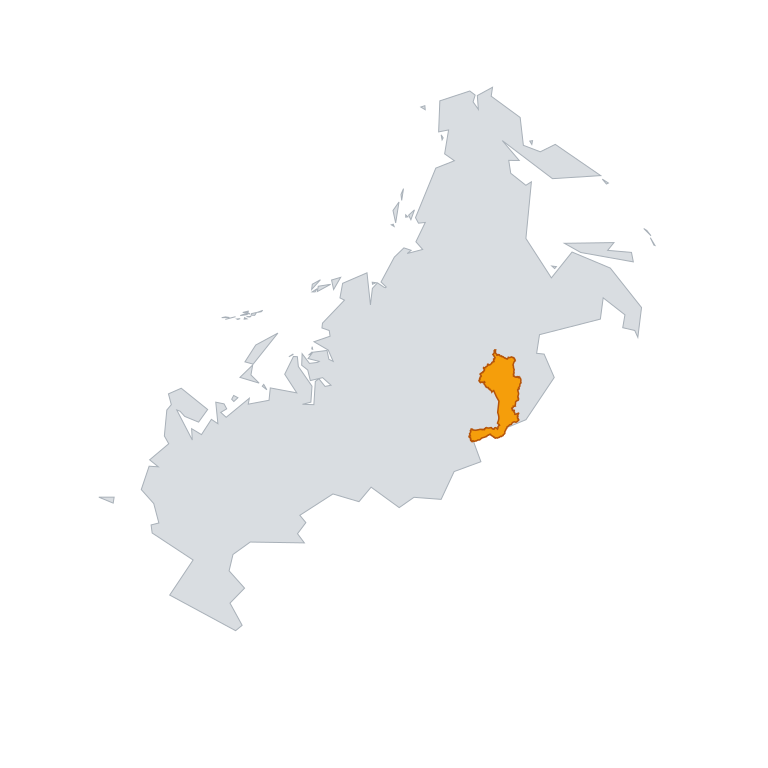 Buryat on a map of Russia (Albers equal-area conic projection), rotated 309°
{"feature_id": "RUS-2606", "entity_name": "Buryat", "entity_type": "Republic", "adm_level": 1, "iso_a3": "RUS", "parent_name": "Russia", "parent_adm1": "", "projection": "albers", "projection_center": [108.984, 53.605], "detail": "fine", "context": "in_parent", "style": "filled", "palette": "amber", "viewbox_px": 768, "rotation_deg": 309, "n_neighbors": 0, "source": "natural_earth", "source_scale": "10m", "svg_char_len": 9759}
<svg xmlns="http://www.w3.org/2000/svg" viewBox="0 0 768 768"><g transform="rotate(309 384 384)"><path d="M605.5,536.0L580.0,551.9L583.4,545.2L578.0,534.1L589.4,527.7L588.9,500.1L570.6,511.3L520.2,473.8L503.9,483.3L508.0,489.6L496.2,512.2L445.6,516.8L395.7,489.6L384.6,508.2L360.1,493.6L330.3,501.0L314.8,478.6L297.5,473.6L295.7,438.9L276.8,438.6L266.4,413.5L229.0,401.2L227.1,410.5L213.2,411.0L210.4,422.1L177.0,379.5L156.5,373.9L141.3,381.2L137.6,404.1L116.8,402.2L107.2,425.6L98.9,423.9L85.1,350.3L127.1,346.4L122.3,297.6L127.9,291.7L134.3,296.5L146.2,280.3L149.2,261.8L172.3,253.2L177.6,260.7L177.6,249.6L202.1,254.3L205.4,246.0L227.1,231.6L234.1,231.7L240.7,222.7L253.1,229.1L253.2,263.0L237.7,263.9L233.4,249.5L234.5,242.7L233.4,239.3L219.8,270.3L228.2,262.6L229.8,274.0L247.9,272.1L248.6,279.9L264.0,264.7L267.9,272.2L265.7,277.4L259.2,275.0L258.8,282.3L288.2,288.3L282.9,291.2L299.0,304.9L309.4,298.1L322.2,321.8L329.1,300.7L348.4,296.3L350.7,299.5L343.7,306.4L337.0,329.4L323.9,338.6L316.9,333.4L323.8,342.5L342.8,329.0L347.1,330.1L345.0,339.7L349.7,343.6L350.3,332.3L340.3,324.6L346.9,315.9L346.8,308.2L356.0,301.3L353.1,313.1L358.9,318.7L360.8,319.4L356.0,309.0L363.9,308.7L374.2,318.6L368.5,325.6L369.6,330.3L375.3,319.3L372.8,303.0L387.2,312.0L391.1,307.8L388.5,300.5L392.6,297.9L424.3,300.5L423.2,295.6L436.2,288.5L459.7,300.8L436.9,323.7L451.0,314.8L458.5,315.3L459.2,323.3L459.8,324.6L460.8,324.7L461.4,317.5L489.1,312.2L502.3,313.8L505.0,321.0L500.0,319.9L512.9,329.4L514.6,319.3L535.5,314.4L530.7,309.6L533.1,303.8L584.4,288.4L601.8,298.2L601.0,286.3L622.1,274.3L614.3,267.8L639.2,249.2L665.7,266.3L665.9,273.0L659.3,275.7L656.8,284.5L666.9,275.0L682.9,281.6L675.1,286.2L676.8,322.1L657.2,342.1L662.8,359.3L678.0,366.3L682.3,421.2L649.6,385.7L647.6,322.7L642.8,348.4L636.3,340.2L627.5,349.9L627.7,369.2L633.9,371.3L586.4,402.7L571.8,447.3L604.9,447.1L616.5,486.9L605.5,536.0ZM356.8,269.5L317.1,269.8L313.7,262.0L333.6,259.8L356.8,269.5ZM606.9,435.7L638.6,473.7L628.6,473.7L642.0,493.5L635.8,500.9L610.0,454.1L606.9,435.7ZM298.5,267.9L316.1,270.0L307.3,274.9L306.1,286.4L298.5,267.9ZM516.5,291.7L524.5,281.8L534.9,281.1L516.5,291.7ZM418.6,271.4L427.9,279.8L413.9,274.0L418.6,271.4ZM416.4,265.5L425.0,269.0L411.9,268.3L416.4,265.5ZM431.8,277.8L439.6,283.2L425.7,285.4L431.8,277.8ZM537.8,282.2L542.0,277.9L548.1,276.2L537.8,282.2ZM116.6,233.6L126.2,245.5L121.0,248.5L116.6,233.6ZM338.5,223.0L342.9,226.3L334.3,220.0L338.5,223.0ZM530.7,296.9L538.5,298.1L528.6,301.5L530.7,296.9ZM281.4,279.1L275.9,278.3L276.3,275.2L280.5,274.4L281.4,279.1ZM346.7,229.2L351.0,231.8L352.1,234.3L346.7,229.2ZM359.3,239.9L356.0,240.3L353.8,237.3L355.4,236.8L359.3,239.9ZM362.9,243.1L359.8,240.4L364.9,243.4L362.9,243.1ZM308.0,290.8L305.8,296.6L305.7,290.8L308.0,290.8ZM415.9,272.0L412.2,272.5L410.4,270.2L415.9,272.0ZM350.7,229.2L355.6,232.9L353.0,232.5L350.7,229.2ZM626.0,240.6L623.1,243.4L622.4,238.3L626.0,240.6ZM336.4,218.6L338.4,222.0L333.4,216.1L336.4,218.6ZM349.6,294.8L345.3,292.9L349.8,294.4L349.6,294.8ZM455.7,310.8L457.7,314.0L454.3,312.3L455.7,310.8ZM613.6,271.6L612.5,275.1L610.3,275.5L613.6,271.6ZM351.4,237.3L349.8,234.7L352.9,238.3L351.4,237.3ZM353.8,233.4L354.1,235.8L352.2,232.7L353.8,233.4ZM668.3,488.0L668.7,491.7L667.2,498.2L668.3,488.0ZM347.8,233.9L348.3,236.4L346.4,234.5L347.8,233.9ZM363.9,308.0L360.2,307.9L359.6,307.3L363.9,308.0ZM666.6,346.3L663.2,348.1L664.5,344.4L666.6,346.3ZM529.1,294.4L528.9,297.3L527.3,295.9L529.1,294.4ZM581.3,440.2L583.7,444.1L581.1,444.0L581.3,440.2ZM680.6,424.7L681.4,431.9L679.4,431.0L680.6,424.7ZM344.3,231.1L342.1,229.7L341.9,228.7L344.3,231.1ZM367.8,304.7L366.1,306.7L365.8,305.8L367.8,304.7ZM514.0,290.6L512.8,292.7L512.3,289.5L514.0,290.6ZM661.8,506.4L665.3,498.9L662.2,507.4L661.8,506.4Z" fill="#d9dde1" stroke="#a8b0b8" stroke-width="1"/><path d="M401.0,493.6L400.6,493.4L399.6,492.2L397.7,491.5L397.3,490.9L396.1,490.2L395.9,489.6L396.0,489.1L395.4,488.9L395.5,488.5L395.4,488.3L395.0,488.0L394.6,488.3L394.6,487.9L394.9,487.4L394.7,486.9L395.2,486.7L395.3,486.3L395.7,486.3L395.9,486.1L395.7,485.8L395.8,485.5L396.6,485.1L396.7,484.0L396.4,484.0L396.3,483.6L396.9,482.9L398.1,483.7L398.5,482.7L399.0,482.5L399.2,482.2L399.1,481.9L399.3,481.7L400.1,481.8L400.9,481.7L401.4,481.4L401.9,481.2L401.8,480.8L402.0,480.5L403.0,480.6L403.5,480.4L403.6,480.1L403.9,480.0L404.0,480.1L404.1,480.6L404.6,481.3L404.5,481.6L404.2,481.9L404.4,482.4L405.0,483.2L405.4,484.0L406.3,484.7L406.5,485.2L407.3,485.6L407.7,486.1L408.1,486.3L408.6,486.8L409.3,487.1L409.4,487.6L410.3,488.5L410.2,489.0L410.6,489.0L411.3,489.8L411.2,490.1L411.5,490.7L411.9,490.8L412.2,490.4L412.7,490.3L413.4,490.8L413.9,490.6L414.1,490.8L414.5,490.9L414.6,491.6L414.9,492.0L415.1,492.1L415.5,493.0L416.3,493.7L416.9,494.0L417.1,494.4L417.6,494.7L417.7,495.0L417.5,495.4L417.5,495.9L417.4,496.4L417.7,496.8L417.6,497.2L418.0,497.9L419.3,497.6L419.9,497.8L420.5,498.4L420.4,500.6L421.1,500.4L421.4,500.0L422.0,500.0L422.5,499.5L424.0,499.4L424.6,499.8L425.0,499.2L425.0,498.7L424.8,498.3L425.0,496.8L427.5,496.0L429.4,495.0L430.9,493.7L432.2,492.1L433.4,490.3L443.0,484.1L444.9,479.3L447.9,473.4L446.1,472.9L445.6,472.9L445.9,472.5L446.0,472.0L446.3,471.7L446.4,470.2L446.2,470.0L446.6,469.6L446.3,469.2L446.2,468.5L446.5,468.3L446.7,467.6L446.6,467.4L446.7,467.1L446.4,467.0L446.3,466.6L446.1,466.5L446.1,465.7L445.9,465.2L446.3,464.7L446.2,464.2L446.6,463.8L446.8,463.0L446.8,462.4L447.0,461.8L447.6,461.1L448.6,461.4L448.9,461.0L448.9,460.8L448.9,460.6L448.5,460.8L448.2,460.4L447.7,460.3L447.6,460.0L447.3,459.8L447.4,459.3L446.9,458.6L445.8,458.3L445.7,457.7L445.8,457.6L445.9,457.2L446.1,457.1L446.1,456.8L446.4,456.4L446.4,456.1L446.2,455.9L446.3,455.7L447.4,455.7L447.6,455.3L447.8,455.2L448.0,455.4L448.2,455.0L448.4,454.9L448.7,455.1L449.1,455.0L449.6,454.4L450.2,454.4L450.8,454.8L451.3,454.7L451.8,454.0L451.7,453.6L451.8,453.1L451.9,452.8L452.1,452.8L452.3,452.4L452.7,452.4L453.4,452.8L453.9,452.7L454.5,453.1L454.8,453.1L454.8,453.4L455.1,453.6L455.4,453.5L455.8,453.2L456.4,453.5L456.9,453.3L457.6,453.6L458.0,453.1L458.6,452.9L458.6,452.7L458.5,452.4L458.7,452.2L458.7,451.9L459.0,451.2L459.6,451.1L459.8,451.9L460.2,452.1L460.7,452.7L461.1,452.4L462.0,452.4L462.6,452.9L463.6,453.0L464.0,452.4L464.5,452.1L464.9,452.3L464.7,452.9L465.0,453.8L465.6,454.0L465.7,454.3L468.0,454.7L468.6,454.3L470.0,454.8L470.3,455.3L470.5,455.4L470.9,455.3L471.0,455.1L470.9,454.9L471.3,454.6L471.5,454.0L472.2,453.9L472.9,454.2L473.2,454.0L473.1,453.7L473.7,453.9L474.4,453.7L474.6,453.2L474.6,452.5L475.4,451.2L475.4,450.9L475.3,450.7L475.5,450.0L477.2,450.1L478.0,449.7L478.3,449.7L479.0,448.7L480.2,448.6L480.7,449.3L480.4,449.4L479.9,449.9L478.9,450.5L478.5,451.1L478.1,451.4L478.0,451.6L478.1,452.8L478.0,453.2L477.4,453.5L477.5,453.9L478.7,454.2L478.7,454.7L479.3,455.2L479.3,455.4L478.8,455.5L478.9,456.4L479.3,457.3L479.7,457.6L479.4,457.8L479.5,458.2L479.4,458.5L479.6,458.9L480.1,459.2L480.2,459.5L480.2,459.8L480.0,460.3L480.2,461.0L480.1,461.5L480.5,461.8L480.4,462.1L480.5,462.3L480.5,462.9L480.9,463.4L480.8,463.7L480.8,463.9L481.0,464.1L481.4,463.9L481.8,464.2L483.0,463.8L483.3,464.3L483.5,465.0L484.7,465.8L485.1,465.8L485.3,466.1L485.3,466.3L485.4,466.5L485.4,466.9L485.6,466.9L485.7,467.1L485.8,467.7L486.0,467.9L486.1,468.4L485.8,468.7L485.9,469.1L485.4,469.6L485.4,470.0L485.5,470.1L485.3,470.3L485.2,470.8L484.4,471.0L484.4,471.3L484.1,471.2L482.8,471.2L480.1,472.2L479.6,472.7L479.6,472.9L479.5,473.2L478.1,474.4L478.0,474.8L477.4,475.3L477.4,475.6L477.1,476.1L476.7,476.4L476.2,476.5L475.4,476.9L475.0,477.7L474.4,477.8L474.2,478.2L473.6,478.5L473.3,478.3L473.0,478.6L472.5,478.8L472.5,479.0L472.5,479.3L471.7,479.7L471.6,479.8L472.1,480.5L472.1,480.8L471.9,481.2L472.0,481.8L472.5,482.1L472.6,482.3L472.6,482.7L472.8,483.0L473.1,482.9L473.1,483.1L473.4,483.2L473.9,483.3L473.9,483.5L473.6,484.3L473.9,484.3L474.1,484.1L474.6,484.3L474.4,484.7L474.6,485.1L474.2,485.3L474.3,485.6L474.2,485.9L474.3,486.4L473.7,487.4L473.0,488.1L472.7,488.2L472.0,488.7L471.2,489.7L470.9,489.5L470.4,489.7L469.6,489.7L468.9,490.0L467.9,490.9L466.7,491.0L466.3,490.9L465.9,490.9L465.7,491.3L465.7,491.7L465.3,492.1L464.7,491.8L464.2,491.9L464.0,491.4L463.5,491.6L463.2,492.1L462.8,492.3L462.6,492.9L462.2,493.3L461.8,494.0L461.2,494.7L460.5,495.1L458.4,495.9L458.2,496.1L458.2,496.5L457.9,496.5L457.4,497.0L457.5,497.6L457.1,497.8L456.5,498.4L455.8,498.5L455.2,498.3L455.0,497.8L453.2,497.5L452.8,497.6L451.0,498.9L450.1,499.2L449.7,499.8L449.5,499.5L449.0,499.7L448.1,498.5L447.8,498.9L447.4,499.0L446.7,498.9L446.4,499.0L445.8,498.5L445.6,498.5L445.3,498.8L445.3,499.2L445.1,499.3L444.9,499.9L444.3,500.5L445.4,501.4L445.5,501.8L445.1,502.2L444.2,502.3L443.7,504.0L442.8,504.8L443.4,505.6L444.6,506.0L444.9,506.2L445.3,506.7L445.9,506.7L446.0,506.8L446.0,507.0L445.7,507.3L444.7,507.3L444.1,507.7L443.4,507.7L443.1,508.4L442.7,508.2L442.3,508.3L441.9,509.3L441.8,509.5L441.6,509.3L441.4,509.4L441.3,509.6L441.1,509.8L441.1,510.2L441.2,510.3L441.2,510.8L440.9,511.4L438.9,511.2L438.6,511.0L437.9,511.0L437.2,510.4L436.8,509.3L435.8,508.5L435.1,508.2L434.0,508.1L432.8,508.4L432.3,508.1L431.9,508.0L431.8,507.7L431.6,507.4L430.5,507.2L429.7,507.2L428.1,506.6L427.6,506.8L426.8,507.3L425.7,507.2L425.1,507.5L424.5,507.5L424.1,507.8L423.0,507.8L421.8,508.9L421.4,509.0L421.0,509.0L419.6,508.6L419.0,509.0L418.6,508.9L417.8,508.4L417.1,508.3L416.8,508.1L416.6,507.4L415.1,507.2L414.3,506.5L413.5,506.3L413.0,505.3L412.0,504.7L411.8,504.2L412.2,503.4L411.7,502.7L411.9,501.8L411.8,501.6L411.9,501.2L411.6,500.2L411.6,499.0L412.0,498.4L411.9,498.3L411.3,497.7L410.9,497.7L410.5,497.4L410.1,497.4L409.6,497.0L408.6,496.7L407.7,496.8L407.2,496.2L406.5,496.0L403.6,494.0L401.0,493.6Z" fill="#f59e0b" stroke="#b45309" stroke-width="1.5"/></g></svg>